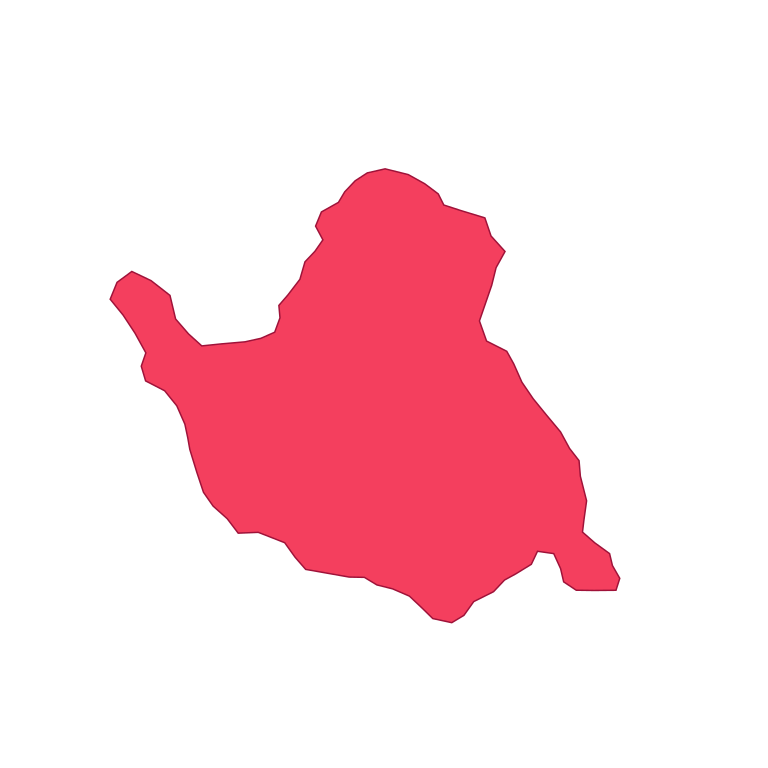 outline of Ibitiúra de Minas, Minas Gerais, Brazil, rotated 289°
{"feature_id": "56859067B88505379898638", "entity_name": "Ibitiúra de Minas", "entity_type": "district", "adm_level": 2, "iso_a3": "BRA", "parent_name": "Brazil", "parent_adm1": "Minas Gerais", "projection": "equal_earth", "projection_center": [-46.408, -22.066], "detail": "fine", "context": "isolated", "style": "filled", "palette": "rose", "viewbox_px": 768, "rotation_deg": 289, "n_neighbors": 0, "source": "geoboundaries", "source_scale": "gbopen_adm2", "svg_char_len": 1333}
<svg xmlns="http://www.w3.org/2000/svg" viewBox="0 0 768 768"><g transform="rotate(289 384 384)"><path d="M264.5,670.5L277.0,670.2L286.7,659.1L297.1,652.5L302.5,634.8L308.6,619.9L320.1,617.4L339.5,613.6L360.7,599.7L375.0,593.4L383.5,580.4L396.2,566.5L407.8,547.3L418.6,529.9L430.6,513.8L445.2,500.2L454.9,489.4L458.0,467.0L474.7,453.7L490.5,453.7L512.4,453.7L530.5,452.1L548.7,455.3L558.8,437.0L573.9,425.3L573.0,399.7L572.7,382.3L581.4,373.4L586.6,357.3L589.9,338.7L587.8,315.0L578.2,299.5L566.8,290.6L552.9,284.3L540.9,281.8L526.3,268.8L511.0,267.9L500.4,279.3L487.0,275.5L473.8,269.5L455.6,270.4L436.8,264.1L424.1,259.0L412.7,264.1L397.4,263.8L387.1,252.7L378.6,238.8L368.9,217.0L360.7,199.3L367.7,182.9L377.6,165.8L398.1,152.8L405.9,130.1L408.3,108.9L393.2,98.5L375.0,97.5L364.2,114.9L351.0,132.0L335.9,148.7L321.8,148.7L309.3,157.6L306.2,178.8L295.9,195.2L281.2,208.8L269.2,216.0L258.9,221.7L239.8,235.6L222.8,248.6L212.9,262.2L205.6,279.6L195.5,294.7L202.8,313.4L201.6,341.8L191.2,356.4L183.2,370.3L186.5,391.1L190.1,413.9L194.8,428.4L191.7,442.7L193.1,458.8L191.7,477.1L184.7,492.6L178.1,506.5L180.4,525.8L191.3,534.9L207.5,539.7L223.3,555.2L237.9,561.8L247.6,570.6L261.5,582.0L275.8,583.6L278.9,599.7L266.9,611.1L255.4,618.3L251.6,632.9L257.2,649.9L264.5,670.5Z" fill="#f43f5e" stroke="#9f1239" stroke-width="1.5"/></g></svg>